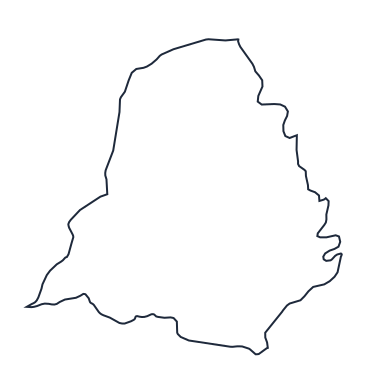 Kunduz, orthographic projection, rotated 95°
{"feature_id": "AFG-1763", "entity_name": "Kunduz", "entity_type": "Province", "adm_level": 1, "iso_a3": "AFG", "parent_name": "Afghanistan", "parent_adm1": "", "projection": "orthographic", "projection_center": [68.869, 36.818], "detail": "fine", "context": "isolated", "style": "outline", "palette": "slate", "viewbox_px": 384, "rotation_deg": 95, "n_neighbors": 0, "source": "natural_earth", "source_scale": "10m", "svg_char_len": 2596}
<svg xmlns="http://www.w3.org/2000/svg" viewBox="0 0 384 384"><g transform="rotate(95 192 192)"><path d="M325.8,106.8L330.6,106.3L335.3,104.1L340.7,102.9L341.1,103.9L347.6,111.4L347.9,112.7L348.1,114.5L343.7,120.5L343.1,121.6L341.5,128.5L341.6,131.3L341.9,134.1L342.7,138.1L342.8,140.5L340.2,182.2L337.4,190.6L334.8,193.7L334.0,194.2L333.3,194.5L322.4,195.8L319.2,199.3L319.0,200.4L318.8,202.5L319.7,208.5L319.4,214.9L319.1,216.8L317.5,218.8L317.2,219.4L317.1,220.3L317.3,221.6L317.5,222.1L319.6,225.8L320.6,228.6L320.9,231.0L320.8,233.2L320.4,235.9L320.8,237.0L321.6,237.5L322.8,237.7L323.3,237.9L323.9,238.3L324.5,239.0L326.1,241.5L328.9,247.6L329.1,250.3L328.8,252.9L324.3,262.9L322.5,269.5L321.7,271.6L320.8,273.1L319.7,274.4L313.0,280.0L312.4,280.8L311.9,281.6L311.7,282.4L311.3,283.1L310.8,283.8L309.7,284.4L306.9,285.6L303.2,289.2L303.0,290.1L303.0,291.4L305.1,294.2L307.5,298.4L310.2,309.2L313.1,314.2L315.3,317.0L316.1,319.3L316.2,322.0L315.9,324.9L316.0,328.9L316.9,332.0L319.1,336.4L320.2,339.5L320.7,341.9L320.8,346.6L317.5,341.8L316.6,340.2L315.4,338.6L313.5,337.2L310.5,335.9L301.4,333.5L297.0,332.9L287.4,329.4L282.7,326.5L275.8,320.4L272.9,316.5L271.3,314.7L268.5,312.6L268.2,312.2L267.9,311.6L267.7,311.0L264.8,309.6L253.3,307.5L247.4,306.3L246.2,306.5L244.9,307.1L238.3,311.3L236.5,312.0L234.9,312.4L232.7,311.8L230.2,310.3L219.7,302.0L204.6,282.8L201.6,276.2L186.9,278.3L183.1,279.8L180.6,280.1L177.9,279.9L157.6,274.1L118.7,271.2L106.0,271.8L103.8,271.1L97.9,267.6L86.3,264.8L78.5,262.4L74.3,258.2L72.5,251.1L71.0,247.9L67.7,243.4L63.0,238.8L59.2,236.0L57.7,234.3L51.4,222.9L38.9,191.4L38.4,188.9L38.1,171.9L35.9,159.5L36.0,159.1L37.9,159.2L40.7,158.0L43.2,156.5L59.0,143.0L61.9,141.2L66.3,139.4L70.2,135.4L74.6,131.8L80.8,131.0L90.5,134.3L96.2,134.4L98.8,130.2L97.2,117.7L97.1,111.7L98.9,106.8L103.4,103.5L108.0,103.9L112.6,105.7L117.3,106.9L123.5,106.2L128.1,103.9L129.7,99.5L126.3,92.5L141.0,91.5L152.3,89.0L154.8,88.8L156.9,87.5L160.2,81.8L161.4,80.5L166.1,79.9L175.0,77.1L179.2,76.5L180.2,74.2L181.5,69.4L184.4,65.2L189.8,64.3L188.4,60.7L187.7,59.4L186.5,58.2L189.2,55.1L193.5,54.9L202.7,56.2L207.6,55.7L210.7,56.0L213.4,57.4L222.2,63.1L225.0,63.3L226.0,60.4L225.4,54.0L222.6,45.1L223.5,41.7L228.7,40.0L233.7,41.3L236.3,45.1L238.4,49.8L241.6,54.0L245.0,55.6L247.6,54.9L248.9,52.3L248.0,48.0L246.9,46.7L243.1,43.8L241.6,41.9L240.3,38.3L241.0,37.4L242.4,37.6L243.2,38.0L259.3,40.0L264.0,42.6L268.8,47.0L272.5,52.2L276.0,63.0L280.7,67.3L286.1,70.9L290.4,74.5L294.6,85.0L296.8,87.5L302.1,91.1L303.3,91.7L325.8,106.8Z" fill="none" stroke="#1e293b" stroke-width="2"/></g></svg>